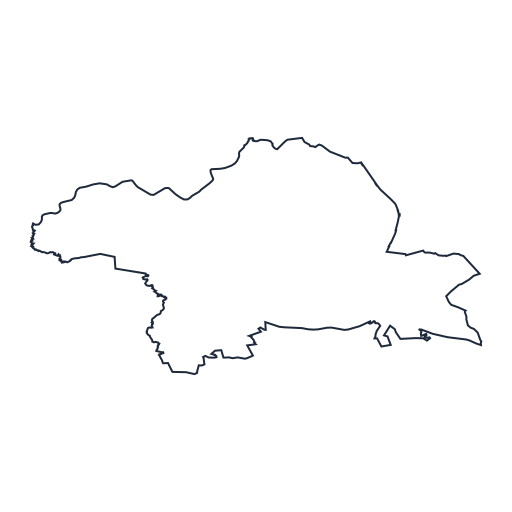 Drabešu pag., Amatas, Latvia
{"feature_id": "27541924B30563541245328", "entity_name": "Drabešu pag.", "entity_type": "district", "adm_level": 2, "iso_a3": "LVA", "parent_name": "Latvia", "parent_adm1": "Amatas", "projection": "robinson", "projection_center": [25.204, 57.242], "detail": "fine", "context": "isolated", "style": "outline", "palette": "slate", "viewbox_px": 512, "rotation_deg": 0, "n_neighbors": 0, "source": "geoboundaries", "source_scale": "gbopen_adm2", "svg_char_len": 6008}
<svg xmlns="http://www.w3.org/2000/svg" viewBox="0 0 512 512"><path d="M361.2,162.4L357.4,163.3L352.5,163.0L347.9,157.7L345.3,157.7L329.9,151.6L321.9,145.6L319.3,144.6L317.4,145.5L315.4,147.1L313.0,146.3L310.2,146.1L309.3,144.6L304.5,142.0L302.1,137.9L287.5,139.7L285.3,141.2L277.2,149.2L275.0,148.5L274.1,147.7L272.5,145.6L272.3,144.9L272.7,144.0L270.6,141.3L267.8,140.3L263.4,139.9L260.1,139.9L257.2,141.2L254.6,141.1L253.7,140.4L253.2,140.8L252.7,140.4L252.6,139.7L253.2,139.0L252.7,138.1L249.5,138.4L249.6,138.9L248.9,139.1L249.1,139.4L248.7,140.0L248.6,141.0L248.0,141.4L247.4,142.9L245.2,145.2L244.4,145.2L243.9,147.4L239.5,151.7L239.0,153.2L239.2,155.9L238.9,157.1L236.9,161.1L234.9,163.4L231.5,165.6L225.0,168.0L220.1,168.8L211.6,169.2L210.6,170.0L210.4,170.7L211.0,173.4L213.2,178.9L212.7,180.3L209.9,183.0L201.1,189.7L199.2,191.7L193.0,195.3L191.5,196.3L190.4,197.6L187.5,199.4L184.1,199.5L180.4,197.6L175.4,194.1L169.0,188.2L168.0,188.0L165.1,188.1L153.6,194.9L150.5,194.6L137.9,187.2L135.8,185.1L132.5,180.8L131.2,180.3L122.5,181.8L115.3,186.4L112.7,187.2L109.6,186.0L107.0,184.4L99.6,183.3L92.9,184.5L86.3,186.6L79.8,187.8L77.4,189.4L75.9,192.0L75.2,195.4L74.2,197.7L71.7,200.0L63.1,202.1L60.9,202.9L59.7,204.1L59.5,205.2L60.5,209.1L60.3,210.3L59.0,211.9L57.2,213.0L55.2,213.6L52.1,213.0L50.1,213.0L44.4,214.3L42.9,215.1L41.9,216.4L41.9,219.5L41.1,221.8L38.8,224.4L35.4,224.8L33.1,223.4L32.7,224.2L33.0,225.4L32.1,226.3L32.0,227.0L32.7,228.3L32.8,229.8L34.8,230.6L34.3,231.3L33.3,231.5L33.3,233.2L32.9,233.3L33.1,233.7L34.2,233.8L33.4,235.4L32.8,235.8L33.2,236.1L32.6,237.2L32.9,237.8L32.0,238.0L32.9,238.9L32.1,239.1L31.3,240.1L31.5,240.4L32.3,240.3L32.4,240.8L31.2,240.9L30.7,241.8L31.7,242.7L31.8,243.3L33.6,243.5L32.9,244.3L31.5,244.6L31.5,245.6L32.0,245.9L31.5,246.2L33.0,246.8L32.5,247.5L33.2,248.1L33.8,248.2L34.0,248.8L35.0,249.8L35.8,249.3L36.8,250.2L38.0,250.3L38.4,251.1L39.6,250.7L42.0,252.2L43.1,252.0L44.8,252.4L47.0,253.3L48.1,253.2L50.4,252.1L51.0,252.4L52.5,252.1L55.3,253.3L55.2,254.2L54.2,253.9L54.0,254.4L57.2,255.7L58.4,255.8L58.0,255.0L58.5,254.3L59.1,255.3L59.6,255.3L59.3,255.8L59.4,256.1L60.3,256.4L60.4,258.0L59.4,258.7L59.7,259.5L59.4,260.1L59.8,260.4L60.7,259.5L61.1,259.8L60.9,260.3L61.5,260.9L61.1,261.4L61.3,261.7L63.2,261.5L62.7,262.5L64.7,262.1L65.7,261.5L67.1,262.3L69.9,261.1L70.2,260.3L70.9,260.2L71.4,259.2L74.3,258.4L79.0,258.0L80.9,257.3L83.8,257.1L100.3,253.9L114.6,256.9L115.4,268.6L145.5,273.5L145.6,274.2L148.3,275.2L148.4,275.5L147.8,276.3L145.8,276.0L142.7,277.5L143.4,279.1L145.5,279.5L147.1,279.3L147.6,280.0L145.2,283.4L145.9,284.7L147.3,285.6L149.5,285.9L150.3,285.5L151.3,286.1L151.8,285.1L152.4,285.2L153.0,287.7L152.3,288.3L154.3,289.7L154.5,290.3L155.8,290.8L154.6,291.6L155.5,291.9L156.1,292.9L158.6,294.2L157.8,294.8L157.7,295.6L158.8,295.0L159.1,295.4L158.8,296.1L159.3,296.0L160.6,295.5L160.5,294.8L160.9,294.5L161.6,294.9L162.2,295.8L162.1,296.2L165.2,296.7L165.5,297.2L165.2,297.4L166.3,297.7L166.3,298.7L165.5,298.9L165.3,299.6L164.6,299.6L163.3,300.5L163.0,301.1L163.0,301.6L163.9,302.6L162.9,304.6L163.9,307.9L163.7,308.9L162.7,310.0L160.9,311.1L160.6,313.0L159.8,314.0L156.9,315.1L152.2,319.1L151.9,320.3L152.4,321.2L151.8,322.1L152.7,322.3L152.4,323.0L152.8,323.5L152.0,324.1L152.4,324.7L151.9,325.1L151.7,326.0L152.3,327.1L151.7,327.0L151.6,327.7L149.1,327.5L148.0,328.0L146.7,331.4L147.0,331.8L146.7,332.9L148.4,335.1L149.8,335.7L150.0,336.8L152.2,340.1L152.3,341.6L153.9,342.3L155.5,341.9L158.0,342.5L158.3,343.2L159.3,343.6L158.7,344.9L157.8,345.3L157.7,346.2L158.1,347.0L157.5,347.9L157.6,348.6L156.4,350.3L156.3,351.0L162.1,352.3L163.1,352.2L163.5,352.8L164.1,352.9L159.8,354.2L160.0,354.5L159.0,354.9L162.1,360.5L162.8,362.9L163.3,363.3L168.0,363.0L172.4,371.9L186.1,372.2L194.5,374.1L197.1,372.9L197.1,371.6L198.8,365.3L201.8,365.5L204.4,364.4L203.5,357.5L203.1,357.0L205.3,355.9L208.7,357.5L214.2,357.7L216.0,357.3L215.8,357.1L216.2,356.6L215.9,356.4L216.1,355.9L215.7,355.5L214.0,354.8L214.2,354.6L211.4,353.9L215.0,350.7L221.3,350.2L223.4,357.5L224.0,357.6L229.0,357.4L232.7,358.2L237.6,357.4L244.9,358.7L247.0,358.2L252.1,356.0L252.9,355.6L247.2,345.4L255.3,344.3L255.0,344.1L255.2,343.5L254.8,343.5L255.1,343.2L254.8,343.3L254.9,343.1L254.3,342.5L254.7,342.3L253.4,339.6L251.2,337.3L251.5,336.7L249.2,335.9L260.9,331.7L258.5,328.7L260.4,327.5L264.3,329.7L265.7,329.9L265.3,322.1L279.4,326.8L284.4,327.3L301.9,328.1L308.2,329.3L313.5,329.6L317.8,329.4L327.3,327.7L331.6,327.6L344.3,329.9L348.2,329.5L359.6,326.2L370.2,321.3L370.4,321.8L370.0,322.4L368.3,322.7L369.4,323.6L370.7,323.5L372.8,322.3L373.5,321.3L374.3,321.2L374.9,321.6L375.0,322.7L375.4,323.2L377.8,323.2L379.1,324.2L380.2,325.9L376.7,331.0L375.5,334.7L375.5,336.3L374.5,338.4L377.1,338.4L381.4,346.5L390.7,344.9L387.5,336.4L384.0,335.4L390.1,325.7L394.8,329.2L395.9,332.3L400.4,338.9L415.6,338.1L423.3,338.3L426.9,340.6L430.1,338.2L429.6,337.4L426.7,337.7L424.6,337.0L424.8,336.2L426.4,335.3L426.5,334.7L426.1,333.9L421.2,335.9L420.8,333.1L421.4,331.9L421.1,330.9L418.7,329.2L421.8,330.0L421.8,329.7L432.7,333.8L447.6,337.2L466.2,339.5L469.4,340.4L476.2,343.5L481.0,345.1L480.8,342.8L481.3,341.4L480.3,340.0L477.7,332.6L473.9,328.9L470.5,327.6L467.9,325.4L466.3,319.2L466.5,317.4L466.1,315.6L464.8,312.0L465.0,311.0L465.5,310.6L458.4,307.4L451.2,304.8L448.8,301.9L446.2,296.2L451.1,291.3L459.0,284.7L461.9,283.9L469.1,279.6L473.8,275.7L479.7,273.8L463.3,255.9L460.4,255.1L459.0,254.1L453.5,253.6L446.1,256.1L445.6,255.6L443.5,255.8L438.8,255.4L435.1,253.1L434.2,253.7L429.8,252.6L425.2,252.6L424.1,251.9L423.1,250.6L405.9,255.3L405.5,254.1L386.7,251.8L389.2,246.5L388.7,246.4L390.7,242.7L391.0,242.8L395.2,233.5L396.1,230.4L395.6,230.3L397.8,222.0L398.9,216.5L398.8,215.6L399.7,215.6L399.6,213.9L398.8,213.9L397.7,210.5L398.0,210.5L395.9,205.0L394.9,203.4L390.8,199.2L380.5,189.7L377.2,185.5L376.8,185.6L375.7,184.0L376.1,183.9L368.4,172.8L363.1,165.2L362.6,165.4L361.9,164.3L362.3,164.2L361.2,162.4Z" fill="none" stroke="#1e293b" stroke-width="2"/></svg>